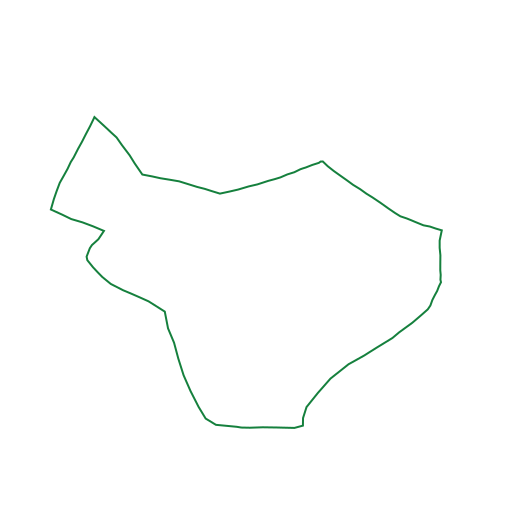 Al-Basrah, Al-Basrah, Iraq, rotated 165°
{"feature_id": "34846034B27642135170661", "entity_name": "Al-Basrah", "entity_type": "district", "adm_level": 2, "iso_a3": "IRQ", "parent_name": "Iraq", "parent_adm1": "Al-Basrah", "projection": "albers", "projection_center": [47.628, 30.554], "detail": "fine", "context": "isolated", "style": "outline", "palette": "green", "viewbox_px": 512, "rotation_deg": 165, "n_neighbors": 0, "source": "geoboundaries", "source_scale": "gbopen_adm2", "svg_char_len": 1697}
<svg xmlns="http://www.w3.org/2000/svg" viewBox="0 0 512 512"><g transform="rotate(165 256 256)"><path d="M419.8,299.2L420.0,295.6L416.3,287.2L413.2,281.4L409.9,275.5L403.5,266.6L393.2,257.3L385.6,251.4L378.6,245.8L371.5,240.0L358.5,225.9L359.7,208.9L357.6,193.4L357.6,177.0L356.8,159.5L354.2,142.5L350.5,125.1L346.7,112.0L338.4,103.3L318.8,96.0L314.6,94.1L306.3,91.7L293.8,88.8L285.0,86.3L279.0,84.6L276.7,83.9L263.4,80.0L254.6,80.0L252.5,87.3L246.3,97.0L231.7,107.7L215.8,118.3L194.6,127.5L177.1,131.9L171.4,133.7L163.3,136.2L145.4,141.5L137.5,145.2L122.2,151.1L110.7,156.6L103.9,160.0L100.4,163.0L97.0,167.9L93.3,172.0L90.1,175.3L87.1,179.4L84.1,182.8L84.0,185.3L82.5,189.9L81.7,194.5L79.6,202.2L77.7,209.0L76.5,216.3L74.6,223.4L69.9,232.7L75.3,236.0L80.5,239.5L86.3,242.3L93.8,248.0L97.0,250.5L100.6,253.2L106.3,257.0L110.7,261.7L116.1,268.0L121.7,274.8L128.3,282.4L133.2,287.6L138.1,293.6L143.8,299.6L148.7,305.7L154.1,312.2L158.8,317.9L163.5,324.2L167.0,330.0L169.1,330.5L171.2,329.7L178.0,329.4L185.1,328.6L188.0,328.5L190.7,328.3L197.3,327.0L204.6,326.7L212.1,325.6L218.2,325.4L224.6,325.4L236.1,324.8L245.0,325.1L256.1,324.8L264.8,325.1L274.7,325.6L282.2,330.3L288.1,334.1L294.9,337.9L303.6,343.4L310.9,348.0L319.8,352.1L328.3,355.9L335.6,359.7L344.7,364.1L349.2,376.8L352.0,386.0L356.8,397.8L360.0,406.6L363.9,412.7L369.0,420.9L376.1,432.0L377.5,430.3L382.6,424.4L389.1,417.4L394.4,411.5L400.2,405.5L404.8,400.4L406.6,398.4L410.6,394.7L415.5,388.9L421.0,383.2L426.6,377.5L431.9,370.1L436.5,363.3L442.1,354.0L432.5,346.1L424.9,339.5L414.9,333.4L405.8,326.9L396.4,319.6L397.4,318.7L403.9,313.0L411.7,309.0L414.5,306.5L419.8,299.2Z" fill="none" stroke="#15803d" stroke-width="2"/></g></svg>